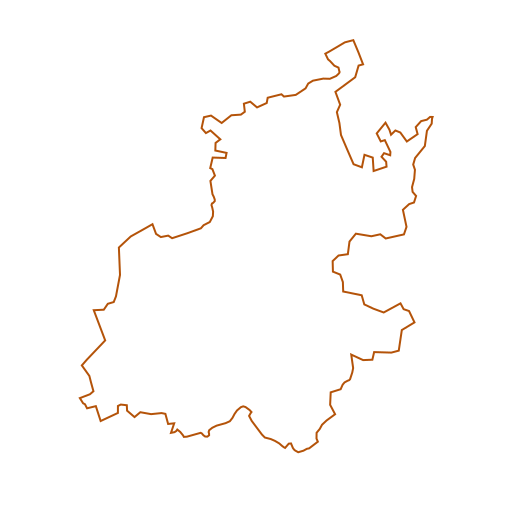 outline of Gauteng, rotated 352°
{"feature_id": "ZAF-1208", "entity_name": "Gauteng", "entity_type": "Province", "adm_level": 1, "iso_a3": "ZAF", "parent_name": "South Africa", "parent_adm1": "", "projection": "orthographic", "projection_center": [28.225, -26.009], "detail": "fine", "context": "isolated", "style": "outline", "palette": "amber", "viewbox_px": 512, "rotation_deg": 352, "n_neighbors": 0, "source": "natural_earth", "source_scale": "10m", "svg_char_len": 3078}
<svg xmlns="http://www.w3.org/2000/svg" viewBox="0 0 512 512"><g transform="rotate(352 256 256)"><path d="M147.2,419.3L151.7,410.3L145.6,410.1L144.3,399.7L140.6,398.4L130.1,398.0L119.7,394.6L113.3,398.6L106.8,391.2L107.3,385.8L101.4,384.3L98.4,385.3L97.4,392.2L79.2,397.8L76.5,382.4L67.5,383.3L66.0,379.0L64.3,377.8L61.8,372.2L72.3,369.8L76.2,367.3L75.0,358.0L74.3,351.6L68.3,340.1L74.1,335.1L94.9,318.6L87.8,287.1L97.8,288.0L102.6,282.7L108.7,281.8L111.7,276.5L118.7,255.8L121.4,228.5L134.7,219.2L151.4,212.7L157.9,210.1L160.1,220.2L164.4,224.0L171.9,223.6L175.4,226.7L191.1,223.9L205.3,220.9L208.4,218.2L215.0,215.9L218.8,210.6L219.7,206.1L219.4,202.0L219.0,199.4L219.5,198.3L219.7,197.9L221.0,197.4L222.8,195.9L223.0,194.3L222.4,191.4L221.5,188.8L221.3,175.3L226.5,170.7L224.9,163.9L222.9,162.6L226.8,152.5L239.5,154.7L241.2,149.8L230.4,145.9L231.7,138.4L236.9,135.5L228.4,125.4L223.5,127.3L219.9,121.8L223.8,111.3L231.0,110.7L240.5,119.5L251.2,113.2L260.7,113.9L265.0,111.6L265.2,103.5L271.8,102.4L277.7,109.0L287.9,106.0L289.6,100.9L303.7,99.4L305.9,102.0L317.8,102.0L328.4,96.9L331.7,92.5L336.8,90.3L347.3,89.7L353.8,90.8L360.5,88.9L362.9,87.2L364.0,86.2L364.4,85.4L364.2,84.5L363.9,80.9L360.1,78.5L356.4,73.2L354.7,71.3L352.8,65.3L356.6,63.9L373.7,56.8L382.4,55.8L385.8,68.7L388.7,81.1L384.1,81.7L379.1,92.8L357.5,104.5L360.4,117.9L356.1,124.8L357.1,135.9L357.0,148.0L360.9,162.4L365.4,178.7L373.2,182.9L377.5,170.9L385.3,174.8L384.3,188.2L397.7,185.7L398.0,180.8L394.1,175.2L397.1,172.0L402.9,174.9L403.6,171.7L399.7,159.2L395.5,159.9L392.6,151.4L402.8,142.0L405.7,149.5L406.6,154.7L411.5,151.1L416.1,153.8L421.3,163.6L433.0,157.8L432.1,150.6L438.3,145.4L444.2,144.8L447.8,142.5L450.2,142.9L449.4,144.6L448.4,149.4L442.7,155.8L438.5,170.6L427.2,181.1L424.4,187.3L425.4,192.7L423.4,201.7L420.1,209.5L420.0,214.3L422.9,218.8L419.9,225.0L414.9,225.9L407.9,230.7L409.1,248.1L405.5,255.2L386.9,256.7L382.1,251.8L373.0,252.5L358.0,247.8L350.6,254.7L347.2,267.0L337.8,267.0L331.2,271.7L330.0,282.2L336.8,286.1L338.4,293.9L337.4,303.3L355.2,309.6L356.5,319.0L364.9,324.5L374.6,329.7L392.5,323.0L394.8,329.2L399.9,331.8L403.7,343.8L390.1,349.6L384.2,369.6L376.6,370.5L359.6,367.6L356.8,374.9L347.6,374.0L336.6,366.9L336.6,380.5L335.1,384.8L332.0,391.1L331.0,391.9L329.3,392.3L326.1,393.5L323.9,395.5L321.3,399.7L311.0,401.4L308.7,413.7L312.3,423.7L303.0,428.7L297.9,432.3L295.1,436.1L291.4,439.5L290.5,445.2L291.4,448.5L281.8,453.9L279.6,454.0L275.9,455.4L270.5,456.2L268.0,454.3L267.2,453.6L266.3,452.2L265.8,451.2L264.6,446.5L262.3,446.4L258.1,450.1L256.9,449.2L255.5,447.8L252.9,444.8L249.0,441.7L245.1,439.3L239.5,437.0L237.0,433.6L228.8,418.7L226.9,413.4L228.7,411.0L229.8,409.9L228.2,407.6L224.6,404.1L222.4,403.1L220.0,403.6L215.7,406.3L212.8,409.4L210.2,413.0L207.1,416.0L202.6,417.3L193.4,418.5L188.8,420.0L185.4,422.0L184.6,423.7L184.8,425.4L184.6,427.0L182.7,428.1L180.5,427.7L178.9,426.1L177.7,424.2L176.6,423.4L162.4,425.3L159.4,425.1L158.8,423.5L156.5,419.7L153.9,416.9L152.7,418.2L150.8,419.1L147.2,419.3Z" fill="none" stroke="#b45309" stroke-width="2"/></g></svg>